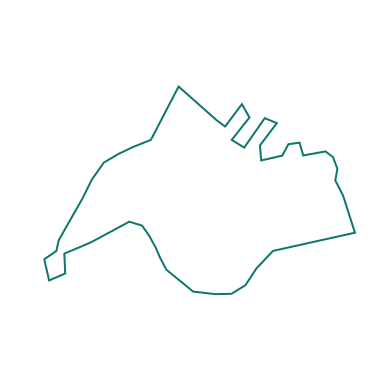 the district of Jung-gu [Central District], Busan, South Korea, rotated 262°
{"feature_id": "91817680B85909931268472", "entity_name": "Jung-gu [Central District]", "entity_type": "district", "adm_level": 2, "iso_a3": "KOR", "parent_name": "South Korea", "parent_adm1": "Busan", "projection": "mercator", "projection_center": [129.035, 35.112], "detail": "fine", "context": "isolated", "style": "outline", "palette": "teal", "viewbox_px": 384, "rotation_deg": 262, "n_neighbors": 0, "source": "geoboundaries", "source_scale": "gbopen_adm2", "svg_char_len": 729}
<svg xmlns="http://www.w3.org/2000/svg" viewBox="0 0 384 384"><g transform="rotate(262 192 192)"><path d="M129.0,347.7L129.5,347.6L167.5,341.1L183.5,335.5L194.8,339.2L207.1,336.4L213.6,329.8L212.7,307.2L225.9,305.4L225.9,294.1L215.5,286.5L213.6,264.9L228.7,265.8L248.4,285.6L255.0,274.3L228.7,249.9L238.1,238.6L257.8,259.3L272.0,253.6L252.2,233.9L259.7,226.3L298.3,193.4L249.4,158.6L244.7,139.8L240.0,124.7L233.4,108.8L218.3,94.6L200.5,82.4L162.8,53.3L152.5,49.5L145.9,36.3L124.3,38.2L129.0,55.1L148.7,57.0L156.3,85.2L171.3,125.7L165.7,137.9L154.4,143.6L142.1,148.3L131.8,151.1L118.6,155.8L93.2,179.3L87.6,200.9L85.7,216.9L92.3,232.0L107.3,245.1L122.4,264.0L129.0,347.7Z" fill="none" stroke="#0f766e" stroke-width="2"/></g></svg>